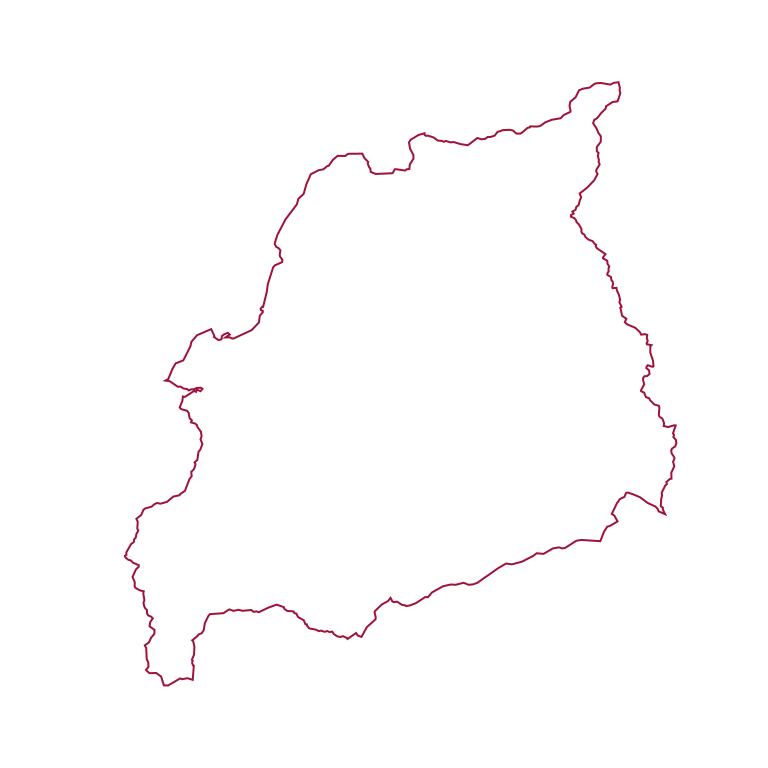 Reghiu, Vrancea, Romania, rotated 348°
{"feature_id": "2599482B22331629819440", "entity_name": "Reghiu", "entity_type": "district", "adm_level": 2, "iso_a3": "ROU", "parent_name": "Romania", "parent_adm1": "Vrancea", "projection": "natural_earth1", "projection_center": [26.855, 45.811], "detail": "fine", "context": "isolated", "style": "outline", "palette": "rose", "viewbox_px": 768, "rotation_deg": 348, "n_neighbors": 0, "source": "geoboundaries", "source_scale": "gbopen_adm2", "svg_char_len": 6149}
<svg xmlns="http://www.w3.org/2000/svg" viewBox="0 0 768 768"><g transform="rotate(348 384 384)"><path d="M457.6,587.8L466.1,585.0L471.6,587.0L481.8,586.5L493.8,583.3L498.2,581.3L504.7,583.3L515.2,579.9L521.3,580.2L524.2,581.9L527.2,582.0L539.5,577.3L544.7,577.6L562.9,582.7L568.6,574.1L572.7,570.0L575.3,569.8L583.9,567.0L581.9,560.5L579.8,558.5L587.0,549.1L590.8,545.6L595.7,544.4L598.2,540.8L599.7,540.8L604.6,543.6L610.9,548.0L617.2,555.2L623.9,560.2L625.6,562.8L626.2,565.7L631.9,569.8L630.6,564.6L631.1,563.0L629.3,561.0L631.4,553.7L632.9,550.7L633.0,548.1L637.9,541.9L639.9,540.7L639.8,538.6L643.9,536.3L645.5,536.4L646.6,530.5L650.8,524.9L650.6,520.1L652.5,517.6L652.7,516.2L650.9,511.6L651.1,508.7L652.2,507.1L655.8,505.6L657.7,502.7L657.9,499.3L656.0,496.1L657.1,494.1L656.4,492.4L660.7,485.2L659.3,484.7L653.1,485.2L648.9,483.3L649.8,480.5L649.1,475.8L646.6,473.2L646.4,471.1L648.4,464.8L648.4,462.5L644.2,460.3L641.0,455.4L640.3,453.0L637.4,451.2L636.7,446.6L634.0,444.5L634.1,443.6L638.4,438.4L638.3,433.6L638.8,431.8L640.4,430.5L642.9,431.0L645.8,429.4L646.1,425.8L643.9,422.9L644.4,421.7L646.0,420.5L650.4,423.1L651.3,422.7L652.0,417.3L651.0,408.8L652.3,402.6L653.7,401.6L649.4,399.8L649.3,398.9L650.9,396.7L650.6,393.7L651.7,390.7L649.6,389.5L645.8,389.2L645.0,386.4L641.5,381.3L634.1,376.1L632.4,373.6L634.6,370.6L631.1,366.8L631.0,358.5L632.5,357.9L631.2,353.0L632.5,350.7L632.3,345.4L631.2,340.7L631.4,338.3L627.5,337.8L627.5,336.4L629.0,333.5L628.9,331.3L628.1,329.8L628.2,326.5L625.1,323.6L625.5,322.2L627.1,320.6L627.6,317.7L628.8,315.9L627.6,312.8L628.0,310.3L627.6,309.4L624.4,306.7L624.7,305.6L627.6,303.0L620.5,295.5L619.7,293.4L620.4,291.9L619.2,290.8L617.8,287.7L614.2,285.4L611.6,282.1L611.1,279.6L609.0,277.6L608.7,276.0L609.4,273.5L607.9,268.6L606.1,265.8L605.7,263.1L604.6,261.3L601.6,259.2L602.1,257.6L604.9,256.8L604.1,254.5L607.6,253.4L608.9,250.8L611.6,249.4L613.9,244.7L615.7,242.4L615.0,238.3L623.5,234.2L632.0,228.4L636.6,223.0L635.7,220.0L636.4,218.4L640.6,214.1L640.1,211.3L640.8,209.5L640.6,205.5L641.9,202.5L640.6,200.6L641.4,196.5L646.4,192.1L647.6,186.7L645.8,182.6L645.2,178.8L642.8,172.4L644.4,169.5L647.8,168.3L652.9,164.0L658.0,160.8L658.9,158.5L666.2,155.7L671.2,156.1L675.7,148.7L675.5,145.9L676.3,143.2L676.1,137.6L671.6,137.2L667.7,138.2L658.8,134.7L654.2,134.0L652.3,134.2L646.8,136.8L639.8,136.5L635.8,137.3L631.1,143.3L624.9,146.7L623.3,150.5L623.3,155.6L622.7,156.6L615.6,158.3L612.1,160.8L603.1,160.4L596.1,161.6L590.5,164.1L587.1,164.0L580.6,162.4L579.9,163.3L577.8,163.3L570.6,167.1L569.1,167.4L565.5,166.5L562.8,162.8L559.8,161.5L553.3,160.4L547.3,161.1L543.9,164.1L539.4,164.5L536.9,163.9L534.1,165.2L530.5,165.0L526.4,162.8L515.7,167.9L508.6,165.2L502.4,161.8L499.3,161.5L495.0,159.1L493.1,159.6L490.8,158.1L487.3,157.1L483.7,153.1L479.0,150.4L476.3,149.8L475.5,148.8L475.8,147.2L469.5,147.6L460.9,150.6L458.7,152.8L458.4,159.1L460.4,166.2L459.6,169.8L454.9,174.6L453.5,179.0L450.8,178.7L449.1,179.6L440.2,176.3L439.1,176.3L436.4,179.4L435.4,179.5L419.5,176.8L415.1,173.8L415.4,170.2L414.6,169.2L413.9,164.9L414.7,163.5L411.8,158.8L410.7,154.2L398.1,151.6L396.1,151.6L393.6,152.9L386.1,151.2L380.8,154.0L375.2,159.1L373.9,159.0L369.3,161.4L364.4,161.3L356.0,163.6L349.6,172.5L344.9,181.4L338.8,185.0L336.1,190.2L321.9,202.5L310.8,215.9L306.2,224.0L307.0,227.3L309.2,229.3L310.5,231.7L308.9,235.8L308.8,237.7L310.4,241.3L309.8,243.6L301.7,245.3L299.8,246.9L291.1,262.2L288.6,269.3L281.8,283.4L281.0,283.1L279.0,284.6L279.0,286.2L280.6,287.2L280.4,288.6L276.7,291.4L274.5,297.8L265.7,303.8L246.5,308.2L244.8,307.9L242.6,306.2L238.6,305.5L243.4,303.6L241.9,301.5L237.9,302.2L235.4,303.4L234.2,306.6L231.1,306.5L227.5,302.7L228.1,302.0L226.4,294.4L211.3,297.4L204.3,302.8L202.6,306.7L192.6,319.2L184.5,320.5L180.3,325.1L174.0,334.3L170.9,335.2L175.1,336.8L181.7,343.8L184.6,344.3L186.7,346.6L190.3,348.0L191.8,349.7L194.3,349.1L197.1,349.7L199.8,348.9L203.9,349.5L205.4,351.0L203.0,352.9L199.7,350.5L198.5,352.6L196.8,351.3L186.5,355.2L184.7,354.4L183.3,358.5L179.3,364.5L180.4,366.4L185.9,369.3L187.0,372.0L186.7,377.0L188.5,379.6L187.2,381.4L191.2,383.5L192.5,385.5L192.6,387.4L195.0,392.6L194.7,397.3L193.0,400.0L193.9,405.0L190.6,410.1L188.6,411.5L185.6,419.5L182.4,421.3L183.0,423.2L181.3,426.4L179.8,428.3L177.2,429.8L176.7,434.2L173.9,436.6L167.1,447.1L161.6,449.4L160.8,450.3L154.5,450.3L147.2,454.2L140.6,454.6L137.1,453.2L134.5,453.8L131.1,455.7L124.8,456.0L122.7,456.9L119.2,461.7L113.8,464.3L114.5,467.5L112.6,474.1L113.2,476.3L110.7,479.1L109.2,482.7L107.4,483.9L106.4,486.6L103.3,488.0L97.0,495.1L96.5,497.6L94.8,498.2L95.0,499.8L97.4,502.9L99.5,503.8L101.5,506.7L106.4,510.2L106.1,511.8L102.8,513.8L97.9,520.5L99.0,526.0L98.0,530.3L98.6,531.8L102.4,535.2L105.9,536.8L105.0,538.7L104.7,545.5L103.2,548.3L103.3,551.9L103.9,554.0L105.1,555.7L104.5,558.9L105.1,561.2L107.9,563.2L109.1,565.2L105.8,568.3L104.3,572.3L108.4,576.8L107.4,580.7L103.5,583.7L100.3,587.9L95.7,589.9L96.5,593.0L94.7,603.7L95.5,607.6L94.7,611.8L91.7,614.2L94.4,618.1L101.1,619.3L105.2,623.9L106.0,633.0L110.1,634.0L123.4,629.6L125.2,630.8L130.5,630.9L135.4,633.6L139.4,620.0L138.8,619.7L138.3,616.9L139.3,614.8L138.7,613.9L141.9,609.3L143.9,601.7L143.9,595.9L143.1,594.8L148.6,592.1L150.7,590.4L154.0,589.8L156.5,587.3L159.0,580.7L163.9,574.5L165.9,572.9L179.2,574.8L185.8,572.3L189.6,574.6L194.7,574.6L198.4,576.4L207.3,577.5L209.1,579.8L212.1,579.9L214.1,581.2L224.5,578.7L233.1,577.5L239.6,581.4L239.7,583.2L242.2,585.9L248.2,587.6L248.7,589.5L250.5,590.3L251.4,594.0L256.4,598.4L257.2,602.6L258.6,603.1L258.5,604.5L259.9,607.4L266.4,610.2L269.0,612.2L270.9,612.1L274.6,614.1L277.0,613.8L279.3,615.4L281.9,615.4L282.9,618.1L285.7,621.0L288.7,622.4L291.3,622.1L295.0,624.8L295.3,625.8L304.9,621.8L306.0,624.5L309.4,626.7L316.6,618.3L326.8,612.4L327.4,610.6L327.3,605.3L328.3,604.0L336.3,599.1L342.9,597.1L345.9,594.6L347.0,598.5L348.4,599.5L351.5,599.6L355.8,603.9L358.5,604.8L359.4,605.8L363.0,606.0L369.6,605.0L380.0,601.0L382.7,601.7L387.5,597.9L399.6,594.1L407.6,594.0L412.4,595.3L420.5,595.0L425.0,598.0L429.5,598.5L433.9,597.9L457.6,587.8Z" fill="none" stroke="#9f1239" stroke-width="2"/></g></svg>